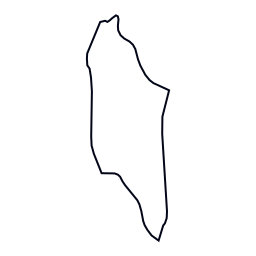 Chiradzulu, Equal Earth projection
{"feature_id": "MWI-1917", "entity_name": "Chiradzulu", "entity_type": "District", "adm_level": 1, "iso_a3": "MWI", "parent_name": "Malawi", "parent_adm1": "", "projection": "equal_earth", "projection_center": [35.217, -15.764], "detail": "fine", "context": "isolated", "style": "outline", "palette": "ink", "viewbox_px": 256, "rotation_deg": 0, "n_neighbors": 0, "source": "natural_earth", "source_scale": "10m", "svg_char_len": 702}
<svg xmlns="http://www.w3.org/2000/svg" viewBox="0 0 256 256"><path d="M115.9,15.4L117.8,16.3L118.5,19.2L117.9,25.8L118.2,30.4L120.6,35.3L124.2,38.5L129.6,41.6L132.9,44.7L135.3,49.0L138.0,59.3L140.4,65.7L145.4,75.0L149.5,80.0L153.4,83.1L169.1,90.3L162.4,116.7L162.2,133.9L167.0,211.4L166.7,218.1L164.9,223.4L163.2,225.5L158.6,240.6L151.5,235.4L147.4,229.9L144.7,225.3L143.2,221.0L141.3,211.0L139.4,204.4L137.3,200.2L125.0,185.1L122.4,181.2L120.1,176.7L117.8,174.6L114.5,173.4L101.6,173.2L93.9,153.9L91.6,145.6L91.2,136.4L91.9,91.1L91.0,77.6L89.6,68.7L87.3,65.3L86.9,58.7L87.2,53.5L100.2,22.0L105.1,20.8L107.4,21.9L109.7,20.4L112.0,18.3L115.9,15.4Z" fill="none" stroke="#020617" stroke-width="2"/></svg>